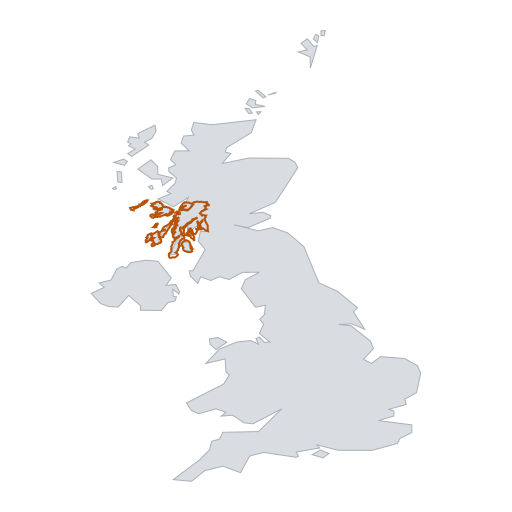 location of Argyll and Bute within United Kingdom
{"feature_id": "GBR-2746", "entity_name": "Argyll and Bute", "entity_type": "Unitary District", "adm_level": 1, "iso_a3": "GBR", "parent_name": "United Kingdom", "parent_adm1": "", "projection": "robinson", "projection_center": [-5.597, 55.994], "detail": "fine", "context": "in_parent", "style": "outline", "palette": "amber", "viewbox_px": 512, "rotation_deg": 0, "n_neighbors": 0, "source": "natural_earth", "source_scale": "10m", "svg_char_len": 9781}
<svg xmlns="http://www.w3.org/2000/svg" viewBox="0 0 512 512"><path d="M281.7,408.8L253.0,423.8L243.9,422.8L232.7,415.2L221.2,416.1L226.0,412.3L216.0,408.8L198.7,413.7L191.2,410.3L186.5,402.9L223.8,383.9L229.3,374.8L226.0,372.0L225.1,358.9L205.8,363.5L219.5,349.1L236.2,342.2L250.7,340.5L258.4,344.2L256.0,338.5L259.4,337.1L264.3,342.3L269.9,342.1L259.3,333.4L263.8,324.1L259.7,319.4L264.5,314.4L265.4,305.2L255.6,307.3L241.3,288.7L245.3,279.8L259.3,272.2L242.4,272.4L229.1,279.5L219.4,276.7L210.7,280.5L200.8,276.7L197.8,283.4L190.4,276.2L189.2,270.8L193.0,270.7L205.3,249.4L198.3,241.2L200.3,231.7L208.2,231.3L199.7,226.7L201.1,222.2L187.7,233.4L187.4,226.0L194.7,219.1L182.2,228.0L182.1,238.3L176.6,254.0L169.7,255.2L178.3,237.0L174.4,236.5L177.3,218.4L188.5,197.4L173.5,206.7L157.9,199.0L170.9,193.5L166.7,191.4L175.4,183.1L176.4,177.7L168.9,171.7L168.7,168.0L175.7,164.7L170.5,159.7L174.9,150.9L189.3,150.9L181.1,143.1L183.5,136.1L194.0,135.1L191.4,130.1L193.7,122.5L212.3,124.7L256.1,119.7L251.2,132.7L226.6,147.7L225.2,152.1L230.9,153.5L222.2,163.5L249.0,158.0L288.1,158.3L294.8,162.0L297.8,167.7L275.4,202.4L249.4,213.7L263.2,212.3L270.8,215.6L270.1,218.3L247.9,227.6L234.0,224.8L258.2,230.8L272.7,227.6L287.6,232.8L303.9,246.6L318.8,282.8L337.5,291.3L357.4,307.7L353.5,311.8L364.7,329.3L351.8,323.9L338.9,324.5L351.1,325.8L370.3,341.0L373.4,348.5L363.5,359.3L371.4,363.4L380.5,356.7L404.3,358.5L417.5,365.7L420.7,373.2L416.5,392.7L404.7,399.0L406.3,404.4L389.0,409.3L393.9,411.0L393.9,416.0L378.3,420.6L411.9,424.9L411.7,432.6L400.0,438.4L397.3,443.5L372.0,450.4L338.4,450.3L316.9,444.8L319.7,448.0L296.2,452.0L298.6,456.2L296.2,457.3L263.4,452.4L249.7,456.0L240.5,472.7L222.9,466.2L204.8,470.6L191.6,481.3L173.3,479.6L199.1,460.2L209.6,449.9L211.6,441.3L219.3,439.2L222.9,432.3L258.4,431.6L281.7,408.8ZM161.3,310.5L140.5,310.2L140.6,305.8L128.7,295.4L118.2,307.0L108.9,306.6L100.7,303.6L91.3,293.4L104.2,287.4L99.2,283.0L111.0,280.0L116.9,269.0L122.1,266.4L125.9,268.2L131.0,262.6L146.5,260.2L157.8,261.2L171.3,277.9L166.0,285.4L175.7,284.5L179.4,291.4L179.0,293.9L172.8,289.3L173.3,296.5L176.5,296.9L174.9,301.1L167.7,302.7L161.3,310.5ZM156.1,130.9L152.0,138.2L144.7,142.1L148.8,145.1L131.7,156.3L127.7,153.7L135.0,149.1L128.6,145.8L130.9,143.9L127.6,142.0L129.6,136.8L139.2,138.1L137.7,133.5L154.9,125.2L156.1,130.9ZM157.7,166.5L157.9,174.4L172.9,178.0L162.7,185.5L161.2,179.0L151.9,179.0L137.9,169.1L150.9,159.8L157.7,166.5ZM307.3,38.8L314.0,46.5L317.3,45.4L310.3,68.2L310.2,57.0L298.3,51.9L307.3,49.9L301.0,43.4L307.3,38.8ZM169.4,214.5L152.0,216.6L157.7,208.5L151.9,205.2L158.9,202.0L169.9,208.5L169.4,214.5ZM217.8,337.5L226.7,342.3L216.0,349.6L210.0,344.2L209.5,338.8L217.8,337.5ZM157.9,231.6L159.2,242.9L152.1,245.0L152.3,237.9L146.1,241.3L148.7,234.8L157.9,231.6ZM255.8,100.5L255.3,104.4L265.1,106.4L252.3,107.9L246.3,103.8L249.5,98.6L255.8,100.5ZM191.3,251.6L183.9,250.3L182.6,242.6L188.7,241.6L191.3,251.6ZM329.0,453.5L322.8,457.9L312.1,454.6L320.5,450.0L329.0,453.5ZM163.1,236.4L159.8,233.2L171.1,223.9L168.7,228.5L163.1,236.4ZM123.7,159.1L127.3,161.4L124.4,165.3L113.8,162.4L123.7,159.1ZM122.0,182.6L117.8,182.0L117.0,171.6L121.6,172.0L122.0,182.6ZM317.5,42.6L313.5,39.0L315.6,34.4L318.8,35.8L317.5,42.6ZM265.9,96.8L263.2,97.9L255.6,91.2L258.0,90.2L265.9,96.8ZM252.4,113.1L248.8,113.6L245.1,108.3L248.9,108.5L252.4,113.1ZM325.4,30.7L324.0,35.8L321.0,35.3L321.0,30.8L325.4,30.7ZM275.3,93.3L268.0,95.0L276.0,92.3L275.3,93.3ZM153.3,188.8L151.1,189.3L148.3,186.6L151.9,185.3L153.3,188.8ZM260.9,111.7L258.5,114.6L256.5,111.9L260.9,111.7ZM145.1,202.8L140.6,204.2L146.6,201.2L145.1,202.8ZM116.6,188.8L113.7,189.4L112.5,188.5L115.3,186.6L116.6,188.8Z" fill="#d9dde1" stroke="#a8b0b8" stroke-width="1"/><path d="M208.0,231.2L205.3,230.3L203.6,228.8L201.7,228.0L200.8,227.0L200.4,225.5L199.9,225.4L199.7,225.7L199.9,226.7L201.9,229.1L201.7,229.4L200.3,229.5L199.5,229.3L199.2,228.7L199.0,226.0L200.3,223.6L202.6,221.0L202.6,220.2L201.8,220.8L199.5,224.1L198.8,224.1L198.5,223.8L198.6,222.5L198.1,221.6L197.7,221.4L197.2,221.8L198.4,225.4L198.3,226.1L197.8,226.5L198.2,229.2L196.1,228.9L196.1,229.2L197.3,229.9L197.5,230.3L195.7,233.7L194.9,234.2L193.8,234.0L193.3,233.5L192.4,230.5L191.1,229.2L190.7,228.4L190.1,228.7L191.9,231.6L192.1,232.5L191.9,232.9L189.1,231.4L188.8,230.0L187.8,232.2L186.8,233.2L188.2,235.7L185.0,234.9L184.7,234.5L184.5,233.5L183.7,232.8L183.7,231.6L184.1,230.5L183.7,228.9L188.0,223.8L191.2,222.5L193.2,219.8L196.6,218.4L197.2,217.3L195.4,218.5L192.5,219.3L191.1,221.5L187.2,223.4L184.6,226.4L183.4,226.7L183.1,228.0L182.7,228.4L181.2,228.5L180.6,228.3L180.5,227.5L180.1,227.8L179.9,230.6L180.7,230.9L181.3,232.9L181.7,233.2L181.4,233.7L181.9,234.0L181.4,234.3L183.2,235.7L184.1,236.7L184.4,237.8L184.1,238.3L182.1,239.1L180.6,240.3L179.7,241.7L179.4,243.1L178.7,243.5L179.0,244.0L178.9,244.9L179.9,245.7L179.7,246.2L178.8,246.6L179.0,247.4L178.1,248.8L178.1,250.1L177.7,250.2L176.4,252.1L175.7,252.5L176.4,252.8L177.0,253.3L177.9,254.7L177.6,255.3L176.0,256.8L174.6,257.5L172.5,257.3L171.4,257.8L170.1,257.9L169.2,257.2L168.8,255.4L168.9,253.7L171.4,251.6L171.2,248.9L171.6,247.7L171.2,246.8L172.8,243.6L172.9,242.8L172.5,242.2L174.3,241.2L175.8,238.8L178.3,237.5L179.3,236.4L179.9,235.2L176.7,237.7L175.2,238.5L174.7,238.5L175.0,238.0L173.2,237.2L172.7,235.2L174.1,233.7L174.5,232.8L176.1,231.5L172.8,233.5L172.3,233.2L172.0,232.2L175.6,228.3L176.1,227.2L175.7,227.1L174.3,227.8L174.1,228.5L172.7,229.7L172.7,230.6L172.2,231.4L171.7,231.1L172.0,229.5L175.9,224.8L177.4,225.2L177.3,224.7L176.8,224.4L176.5,223.4L178.1,221.0L177.1,221.2L175.0,223.0L175.6,221.3L176.8,219.8L176.5,219.3L176.9,218.8L178.6,218.3L178.6,218.0L178.0,217.6L175.4,218.4L175.3,217.6L176.0,215.2L177.0,214.2L178.5,214.3L180.1,213.9L180.1,213.6L177.2,213.9L178.1,212.2L179.1,211.7L179.0,211.3L179.8,210.5L180.9,210.1L184.1,209.9L186.8,210.5L187.8,210.3L190.7,207.7L192.5,205.4L191.8,205.6L190.5,207.6L188.1,209.6L186.7,209.8L183.2,209.2L182.3,209.8L181.8,209.5L181.3,207.9L179.9,209.3L179.4,209.1L180.7,206.5L181.5,207.1L183.0,207.3L186.7,205.4L182.5,206.8L181.2,206.2L182.9,203.7L184.7,202.3L189.1,202.7L189.9,203.2L192.1,203.6L193.9,202.2L195.5,202.1L197.0,201.5L199.0,202.0L201.3,201.7L202.4,202.1L205.2,202.3L206.8,202.0L206.9,202.6L206.6,202.9L206.6,203.4L207.7,203.6L208.9,205.2L208.7,205.4L207.7,205.0L204.5,206.1L204.7,206.5L205.9,207.0L205.1,208.8L206.3,209.2L205.4,209.7L203.6,210.0L203.5,210.7L202.0,211.1L201.0,211.9L199.9,213.5L201.9,214.6L201.6,215.4L201.8,215.6L203.7,215.2L206.0,215.5L205.3,216.3L205.7,217.1L205.2,217.5L204.8,218.5L205.0,220.6L207.7,225.5L207.7,229.1L208.0,231.2ZM172.3,210.8L173.3,212.2L171.8,212.5L171.4,212.3L171.2,211.7L170.5,211.6L170.6,212.2L169.2,213.3L169.2,213.6L171.5,213.0L172.0,213.2L171.8,213.7L168.4,215.6L167.1,215.8L166.1,215.3L166.9,214.5L167.0,214.2L166.3,214.0L165.5,214.2L164.9,214.9L161.0,216.1L160.0,216.8L158.9,216.4L157.4,217.0L154.4,217.0L153.5,217.9L151.6,217.3L150.5,216.2L150.3,215.4L150.6,214.8L152.1,214.4L152.8,214.5L154.2,215.9L154.8,215.3L154.1,215.0L156.1,215.1L157.2,214.5L159.4,214.2L161.5,213.0L160.7,212.9L157.2,213.9L156.4,213.9L155.6,213.0L156.1,212.3L157.1,211.9L158.1,210.2L159.6,210.2L161.9,209.3L162.1,208.5L161.7,207.9L158.1,209.1L156.6,207.4L152.9,206.7L151.3,205.9L152.8,205.1L151.7,203.7L152.9,203.6L153.9,203.1L154.8,203.6L155.1,202.6L157.3,201.8L158.4,201.7L160.3,202.3L160.1,203.1L161.1,203.2L161.9,204.0L163.4,207.0L167.0,207.1L167.7,207.6L168.9,207.4L170.1,208.5L171.6,208.7L172.5,210.1L173.6,210.2L173.4,211.1L172.3,210.8ZM161.1,240.0L161.3,241.9L160.2,242.8L160.0,242.5L157.8,244.0L155.1,244.2L154.7,245.3L152.7,246.2L151.9,246.0L151.5,245.1L151.7,244.2L154.2,242.8L153.1,241.0L151.5,240.6L151.7,239.8L154.0,238.0L151.4,237.7L150.7,238.2L149.5,240.3L148.5,240.8L147.0,242.2L146.1,242.4L145.7,242.0L146.1,240.6L145.7,240.2L147.5,238.0L146.4,237.4L147.1,236.9L147.6,235.0L151.3,233.3L151.8,233.5L151.1,235.2L151.4,235.9L152.0,236.3L151.8,235.2L152.5,234.3L157.6,231.2L158.2,231.7L158.9,237.0L160.5,238.4L160.2,239.4L161.1,240.0ZM192.4,249.1L191.7,249.5L192.2,251.3L190.9,252.0L187.7,252.0L184.8,251.0L183.5,250.2L183.0,248.2L183.5,247.4L182.0,245.7L181.8,244.7L181.9,243.4L183.1,241.6L184.1,241.0L185.2,240.8L185.0,240.2L186.1,240.2L188.3,241.0L189.5,242.2L190.0,243.1L190.6,245.1L190.3,245.7L191.7,246.7L191.8,247.6L190.7,247.9L190.8,248.5L192.4,249.1ZM166.3,225.9L171.4,222.4L172.1,222.7L172.3,223.6L172.3,224.1L170.6,225.6L166.5,231.8L165.8,233.5L165.5,233.4L163.9,234.6L163.4,236.9L162.5,237.3L161.3,237.2L160.1,236.7L159.6,235.6L159.3,233.6L159.7,232.2L162.2,230.8L164.8,230.4L165.8,229.8L162.8,230.0L162.3,229.3L162.7,228.4L164.6,226.5L166.3,225.9ZM193.7,239.1L194.3,239.6L194.2,240.2L193.8,240.2L193.1,239.1L190.9,237.7L190.2,235.3L188.8,234.5L188.2,233.1L188.2,232.5L189.3,232.0L192.1,233.8L192.2,234.7L193.1,235.2L194.0,236.8L194.3,238.1L193.7,239.1ZM130.1,207.9L138.2,206.1L138.6,206.8L138.1,207.3L136.2,207.5L136.1,208.2L134.0,208.9L133.4,209.6L133.6,210.4L130.9,209.7L130.1,207.9ZM147.6,200.3L146.1,202.5L145.2,202.8L144.0,204.0L142.3,205.0L140.6,204.9L140.3,205.7L139.5,204.5L140.4,204.4L141.2,203.8L143.1,201.8L144.1,201.2L146.4,200.3L147.6,200.3ZM155.5,224.5L156.2,224.5L156.5,224.4L156.3,223.8L157.3,223.6L157.7,223.6L157.8,224.1L156.8,225.4L156.4,226.2L156.5,227.0L154.9,227.5L153.4,227.2L153.9,226.9L154.6,225.4L155.5,224.5ZM157.0,209.3L154.5,209.3L153.7,208.8L154.4,208.1L155.2,207.9L157.0,209.3ZM174.1,217.9L174.4,218.1L174.7,217.9L174.8,218.4L173.9,220.9L173.0,219.6L174.1,217.9ZM173.6,216.4L174.5,215.3L175.7,215.3L175.0,216.5L175.2,217.0L174.5,217.3L173.8,217.1L173.6,216.4ZM172.3,220.4L172.8,221.4L170.3,222.1L170.7,221.4L172.3,220.4ZM176.5,211.6L177.5,211.6L178.3,211.3L177.2,212.5L175.7,212.7L176.5,211.6Z" fill="none" stroke="#b45309" stroke-width="2"/></svg>